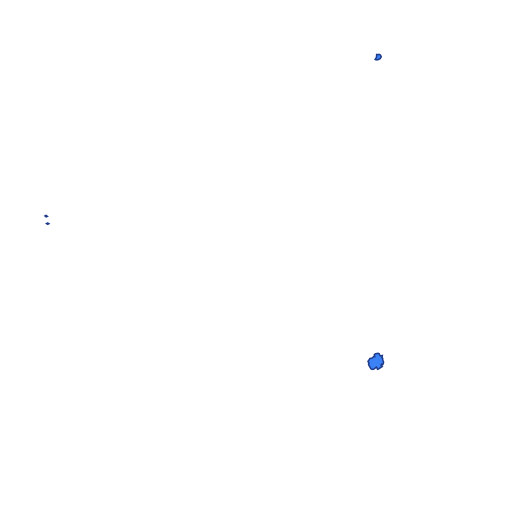 the state/province of Pohnpei, rotated 70°
{"feature_id": "FSM-4941", "entity_name": "Pohnpei", "entity_type": "state/province", "adm_level": 1, "iso_a3": "FSM", "parent_name": "Federated States of Micronesia", "parent_adm1": "", "projection": "natural_earth1", "projection_center": [156.635, 4.552], "detail": "fine", "context": "isolated", "style": "filled", "palette": "blue", "viewbox_px": 512, "rotation_deg": 70, "n_neighbors": 0, "source": "natural_earth", "source_scale": "10m", "svg_char_len": 1046}
<svg xmlns="http://www.w3.org/2000/svg" viewBox="0 0 512 512"><g transform="rotate(70 256 256)"><path d="M400.6,174.8L401.0,175.6L401.6,175.9L402.4,175.8L403.1,175.3L404.1,179.7L404.1,180.5L403.5,180.7L401.9,180.6L401.6,180.8L401.8,181.7L402.4,183.2L402.6,184.2L402.3,185.6L401.6,186.4L400.8,186.7L397.3,187.3L395.9,187.2L395.2,186.3L393.6,186.9L392.7,186.1L392.0,184.8L391.2,184.0L391.5,182.9L391.6,181.8L391.4,180.8L390.7,180.0L390.9,179.6L391.2,178.8L389.2,178.6L388.7,177.3L389.2,174.5L389.9,173.7L391.3,173.6L392.5,173.2L392.7,171.3L394.2,172.1L394.7,172.5L395.4,172.0L395.9,172.0L396.4,172.3L397.1,172.5L398.9,172.4L399.6,172.5L400.9,173.5L401.1,173.6L401.6,174.3L401.4,174.5L400.6,174.8ZM112.3,71.0L113.0,71.7L113.3,74.2L112.9,75.7L112.6,76.3L112.0,76.8L110.8,75.1L109.1,74.2L107.9,73.7L108.4,72.6L108.7,71.2L109.4,70.6L109.9,70.3L111.7,70.2L112.3,71.0ZM147.4,438.5L147.5,439.8L146.2,440.6L146.0,439.4L147.4,438.5ZM153.9,441.8L153.7,440.5L154.8,439.6L155.0,440.9L153.9,441.8Z" fill="#3b82f6" stroke="#1e3a8a" stroke-width="1.5"/></g></svg>